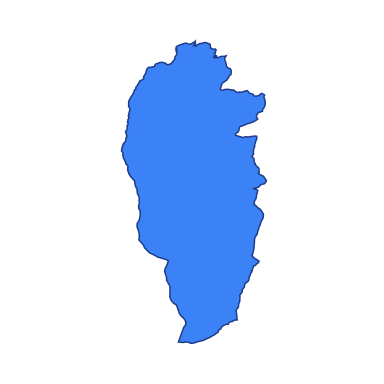 Bautar, Caras-Severin, Romania, rotated 26°
{"feature_id": "2599482B84127297992205", "entity_name": "Bautar", "entity_type": "district", "adm_level": 2, "iso_a3": "ROU", "parent_name": "Romania", "parent_adm1": "Caras-Severin", "projection": "orthographic", "projection_center": [22.618, 45.485], "detail": "fine", "context": "isolated", "style": "filled", "palette": "blue", "viewbox_px": 384, "rotation_deg": 26, "n_neighbors": 0, "source": "geoboundaries", "source_scale": "gbopen_adm2", "svg_char_len": 5912}
<svg xmlns="http://www.w3.org/2000/svg" viewBox="0 0 384 384"><g transform="rotate(26 192 192)"><path d="M253.9,149.2L249.3,146.5L244.9,146.5L243.4,146.1L243.8,144.9L241.8,141.5L241.0,141.0L238.9,140.6L237.6,140.0L236.3,138.6L234.9,138.1L233.6,135.6L233.0,134.8L230.3,134.1L230.6,130.6L229.9,129.7L229.1,128.0L228.5,125.7L228.4,123.5L227.5,122.1L227.4,119.6L226.9,117.8L226.9,115.7L226.0,114.3L225.8,113.6L224.4,113.9L223.8,114.4L221.9,115.4L219.1,117.6L215.7,119.0L213.9,120.7L207.0,121.9L206.3,121.8L205.7,121.3L205.8,120.1L207.0,118.1L207.1,117.2L207.1,116.0L206.3,113.1L206.3,112.4L209.5,109.2L211.2,107.0L213.5,105.0L216.5,101.9L219.1,97.9L218.8,97.3L216.8,96.2L216.4,94.1L216.9,91.4L218.9,89.7L220.0,88.5L219.2,86.9L219.8,85.0L219.8,83.8L219.5,82.8L219.6,81.6L217.8,78.1L214.9,75.0L214.8,73.0L211.5,72.7L210.0,75.1L209.5,76.5L206.3,78.4L205.2,78.3L203.9,77.3L200.4,78.1L198.5,77.1L197.2,76.7L195.6,77.9L192.7,80.7L190.9,81.2L189.3,82.6L187.4,82.7L185.1,82.0L181.3,83.4L180.5,83.5L177.9,84.6L176.2,85.8L175.4,86.7L174.3,87.5L172.6,87.4L172.0,86.3L172.0,85.2L171.8,84.6L171.7,82.5L171.4,81.3L171.7,80.4L172.5,79.5L172.9,78.3L174.3,76.2L174.2,74.9L174.8,73.3L174.5,72.2L174.6,71.7L174.8,70.4L175.5,69.5L175.1,68.1L174.1,65.7L172.3,64.4L169.9,64.7L168.0,64.0L165.7,60.8L163.9,59.4L163.1,58.2L162.6,57.0L163.0,55.0L163.0,54.6L161.7,55.8L158.8,57.3L157.8,58.5L157.2,58.9L156.7,59.8L152.5,61.7L152.3,61.3L152.5,60.6L153.7,60.6L154.1,59.9L154.7,59.3L154.7,59.0L154.5,58.9L153.4,59.1L152.9,58.8L152.6,59.1L152.2,59.0L152.1,58.7L152.3,58.5L152.0,57.9L151.8,57.7L151.7,58.1L151.5,57.0L152.0,56.9L151.9,56.1L151.5,55.4L151.4,53.7L150.6,53.8L150.1,53.3L148.6,54.4L145.4,54.3L143.5,51.2L138.4,51.7L135.9,53.9L133.8,55.2L132.7,56.9L131.6,58.0L131.2,59.5L130.5,59.1L130.1,58.1L129.7,59.2L129.4,59.4L129.6,58.8L129.4,58.5L129.4,57.7L129.8,57.6L129.9,57.0L129.2,55.3L128.9,55.0L128.9,55.6L127.5,57.2L127.2,57.9L125.6,60.0L124.8,60.4L121.9,60.7L120.4,61.4L115.5,66.3L115.0,67.3L114.4,67.9L114.2,68.7L115.1,69.9L114.8,70.2L115.1,70.5L115.3,70.3L115.2,70.6L115.7,70.9L115.6,71.0L116.0,71.0L115.9,71.4L115.6,71.2L115.7,71.6L115.8,71.6L116.0,72.0L116.5,72.2L116.3,72.6L116.7,72.7L116.8,72.8L116.8,73.1L117.7,73.3L118.0,74.1L117.8,75.0L117.9,76.2L117.5,77.8L118.1,79.9L118.1,81.1L117.6,82.7L117.4,84.2L116.9,86.1L116.5,86.2L115.2,87.7L114.0,88.4L112.7,88.3L111.9,87.9L111.0,88.0L108.1,88.6L106.4,89.7L105.4,90.7L105.2,91.1L103.3,92.8L103.0,94.4L103.1,95.3L102.8,96.2L101.5,96.9L100.7,97.7L98.4,99.0L98.1,99.4L97.7,101.1L97.6,101.8L97.9,102.7L97.9,103.9L98.2,104.5L98.3,106.3L98.0,108.6L98.0,109.6L98.8,111.1L98.9,111.6L97.7,113.5L96.4,114.8L96.6,116.2L96.4,116.4L96.5,118.3L96.2,119.1L96.2,120.5L95.7,122.1L95.8,122.9L96.3,123.8L95.8,124.9L95.7,126.0L95.8,126.5L95.7,126.6L96.0,127.0L95.9,129.3L96.0,130.5L96.0,131.2L95.7,131.8L95.4,133.9L95.3,137.3L95.7,138.9L96.2,139.5L96.3,140.7L96.5,140.7L97.0,141.3L97.3,142.1L97.4,142.9L99.2,143.8L100.3,145.7L100.2,146.5L100.8,148.2L100.8,149.7L101.2,149.9L101.5,150.3L101.6,150.7L101.4,151.1L101.4,151.6L102.2,151.9L102.4,153.0L103.0,153.7L102.7,155.3L103.3,156.2L103.6,157.3L103.4,157.5L104.6,158.1L104.7,158.5L104.6,158.9L104.6,160.0L105.0,162.0L106.1,163.2L106.2,164.1L105.9,165.3L106.0,166.5L105.9,166.9L106.0,167.3L106.9,167.8L107.4,168.7L108.4,169.5L108.7,170.4L109.2,171.0L109.2,171.6L108.9,172.1L109.6,173.8L110.0,175.1L109.8,176.1L109.8,177.1L109.1,178.4L109.4,179.4L109.1,180.6L109.9,182.1L110.0,182.4L109.7,182.8L109.7,183.5L110.3,184.5L110.6,186.0L112.7,187.0L113.3,187.9L113.3,188.5L113.9,189.7L114.5,190.1L115.7,191.7L116.9,192.4L118.0,193.5L119.3,194.3L120.3,195.8L121.5,195.9L123.3,197.2L123.6,197.7L123.5,198.3L124.2,199.6L124.6,200.1L124.9,201.0L126.6,202.3L127.1,203.3L128.3,203.8L129.3,204.7L129.5,204.6L130.9,205.4L135.6,207.3L136.2,207.8L136.4,208.7L138.5,211.2L138.7,211.7L141.8,213.9L142.0,215.0L142.7,215.7L143.6,217.4L145.0,218.3L146.4,219.6L147.4,220.8L148.1,222.9L149.5,224.7L150.1,228.1L150.4,228.6L150.8,229.1L151.4,230.2L152.0,230.7L153.6,231.3L154.2,233.0L155.4,235.0L156.5,238.5L156.9,240.9L156.5,244.2L157.7,247.2L160.8,250.2L163.1,253.1L165.0,257.1L165.2,258.3L171.5,260.9L173.9,263.0L180.5,265.3L185.0,265.2L189.8,265.5L198.1,264.1L200.1,264.1L201.0,264.4L201.5,268.4L201.4,272.4L202.1,275.3L206.2,279.5L207.1,280.8L207.7,282.3L213.5,286.4L216.6,292.7L217.9,295.8L220.2,298.1L222.0,299.1L224.8,300.2L226.5,300.2L227.7,300.5L234.2,307.0L236.9,308.4L239.1,308.9L241.5,309.9L243.2,311.4L243.9,312.4L244.5,314.1L243.9,317.5L245.6,332.8L249.7,331.3L251.6,329.9L254.3,328.6L257.0,328.6L257.6,328.4L260.1,326.7L262.9,323.9L267.5,320.2L268.8,318.4L272.1,314.4L273.6,312.0L274.9,310.3L275.8,308.3L276.8,306.9L276.9,306.4L276.4,304.9L277.9,302.4L277.7,300.9L278.5,298.6L280.7,296.0L282.4,295.1L282.6,294.6L282.5,292.8L282.8,292.3L285.0,290.8L285.4,289.8L286.4,288.6L288.7,287.1L288.0,286.4L287.5,285.2L283.7,279.3L283.5,278.0L284.1,276.0L284.1,274.9L283.0,272.2L282.9,269.9L282.6,268.6L281.9,267.3L281.2,265.3L280.4,264.6L280.3,263.7L280.3,263.1L280.8,261.0L280.9,260.1L280.0,257.2L280.6,255.2L280.7,254.4L280.2,253.0L279.9,251.2L280.3,250.1L281.3,248.4L281.7,246.9L280.8,243.0L280.7,241.0L280.5,240.0L280.6,239.2L280.4,238.5L280.8,237.5L280.7,237.2L280.2,236.8L280.5,235.7L280.0,234.1L280.0,231.5L281.3,229.7L281.8,227.7L282.6,226.7L282.6,224.8L279.6,224.3L276.9,224.2L273.7,222.9L273.7,221.1L272.6,216.1L271.8,214.3L270.8,211.5L270.2,210.2L269.9,209.1L269.2,208.0L268.9,206.5L268.4,205.2L268.4,204.6L269.0,202.2L269.0,201.2L268.2,198.2L268.2,196.3L267.7,195.1L267.7,191.9L267.1,188.4L267.3,184.5L266.2,181.1L265.4,180.2L263.6,179.2L262.5,178.2L259.8,177.3L258.6,177.5L255.4,176.3L253.1,175.7L252.2,172.9L252.4,170.2L252.3,169.2L251.4,166.6L250.4,161.7L248.2,161.4L247.0,162.0L245.8,162.0L245.9,161.6L247.1,160.9L249.6,158.5L250.1,156.8L251.1,154.6L252.9,153.4L253.7,152.5L254.0,149.6L253.9,149.2Z" fill="#3b82f6" stroke="#1e3a8a" stroke-width="1.5"/></g></svg>